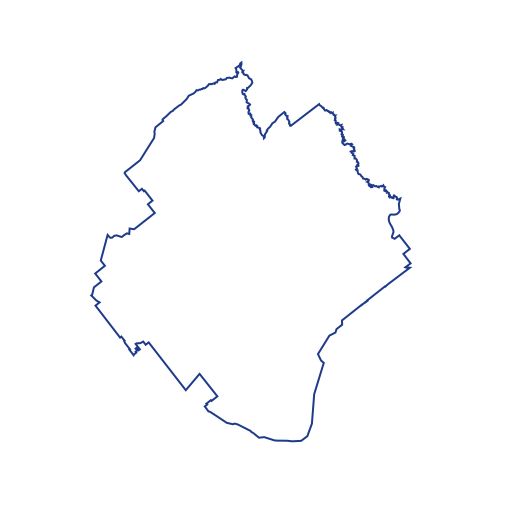 Gilgandra, New South Wales, Australia (orthographic projection), rotated 314°
{"feature_id": "25037944B57868667695206", "entity_name": "Gilgandra", "entity_type": "district", "adm_level": 2, "iso_a3": "AUS", "parent_name": "Australia", "parent_adm1": "New South Wales", "projection": "orthographic", "projection_center": [148.95, -31.633], "detail": "fine", "context": "isolated", "style": "outline", "palette": "blue", "viewbox_px": 512, "rotation_deg": 314, "n_neighbors": 0, "source": "geoboundaries", "source_scale": "gbopen_adm2", "svg_char_len": 6122}
<svg xmlns="http://www.w3.org/2000/svg" viewBox="0 0 512 512"><g transform="rotate(314 256 256)"><path d="M113.2,164.9L113.1,172.2L114.0,175.7L108.8,175.0L102.9,214.9L104.5,215.1L103.8,220.2L103.3,220.1L102.4,222.4L101.3,230.1L100.7,229.9L99.6,236.9L100.5,236.6L103.3,237.0L103.5,235.9L105.5,236.2L105.8,233.7L108.0,234.0L107.9,235.1L107.0,234.9L106.7,237.1L108.2,237.3L109.1,230.5L110.1,230.7L113.1,233.4L116.1,234.3L115.5,238.3L119.3,238.8L110.7,298.7L132.0,297.3L128.2,325.7L120.9,324.7L121.0,323.7L115.2,322.9L115.2,324.1L112.2,323.7L111.2,329.8L112.0,331.1L115.7,350.9L118.9,356.2L120.6,357.1L122.1,359.7L126.4,373.7L126.2,375.3L126.7,376.6L127.4,384.4L131.4,387.7L136.2,397.4L138.0,399.6L144.8,406.8L147.8,410.7L154.4,416.9L162.0,418.1L174.2,412.7L197.1,393.8L226.2,379.0L226.0,375.4L228.5,368.7L249.7,364.1L256.1,366.3L259.4,364.7L266.4,365.7L269.4,362.6L294.2,365.9L294.1,366.1L298.4,366.6L298.4,366.9L301.1,367.3L301.1,366.8L323.8,369.9L323.8,370.3L327.1,370.5L354.4,374.8L353.1,373.1L351.9,372.0L351.6,371.3L358.1,372.3L359.9,360.6L368.0,361.7L370.4,344.7L364.7,343.8L363.8,341.1L364.7,340.1L368.7,338.3L369.8,337.0L371.1,334.3L372.7,329.0L374.1,326.5L376.2,324.6L378.5,323.9L379.8,324.4L381.6,326.6L383.7,328.1L385.2,328.4L387.6,328.3L388.8,327.7L389.4,326.4L392.8,322.5L397.6,319.9L395.2,318.9L394.6,318.2L394.6,317.8L395.7,317.1L396.1,316.4L395.6,314.9L395.5,313.2L394.9,313.3L393.4,314.7L393.0,314.7L392.4,313.7L392.8,313.3L392.5,312.6L391.8,311.9L391.0,311.6L391.1,310.3L391.7,310.0L392.5,310.4L392.8,310.2L392.8,308.6L393.6,307.9L393.3,306.8L392.6,306.3L393.4,305.8L393.5,303.5L393.2,303.3L392.4,303.8L392.1,302.9L394.1,301.2L395.2,301.0L394.8,299.6L395.3,298.5L393.9,298.5L393.5,298.3L393.5,297.5L391.5,296.5L391.4,296.1L391.0,296.0L390.6,296.4L390.1,295.2L390.0,294.0L388.9,293.3L388.4,291.0L387.4,290.8L386.4,291.8L385.4,291.0L385.4,290.4L386.5,290.1L387.2,289.3L386.9,288.6L386.0,288.9L385.2,288.7L385.4,287.8L387.0,285.9L387.1,285.5L386.6,284.5L388.5,284.8L389.1,284.3L388.6,282.5L388.2,281.9L387.2,281.9L386.9,280.3L386.1,279.2L386.8,277.6L386.6,276.2L387.0,275.2L386.9,273.8L386.3,273.1L386.2,272.5L387.5,270.1L388.2,269.6L387.5,268.5L387.5,267.9L389.2,267.7L389.8,265.9L391.1,266.0L391.9,267.1L392.2,267.0L392.5,266.6L392.3,265.5L393.7,265.4L394.1,265.0L394.3,264.2L393.8,263.2L395.1,262.1L395.4,260.0L394.6,259.1L396.6,257.3L395.8,255.6L397.0,255.0L396.7,253.4L397.0,251.6L397.8,252.0L398.9,253.0L399.2,253.9L400.1,254.1L400.7,253.2L401.0,251.8L402.0,251.6L402.3,251.3L402.0,250.8L402.3,250.4L401.8,249.6L401.2,247.6L402.5,247.2L403.1,247.4L403.1,246.7L401.4,245.7L400.3,243.6L399.5,243.2L398.8,243.3L397.3,242.6L397.4,241.3L397.2,240.1L397.6,239.8L397.7,239.1L398.4,238.9L398.6,238.3L399.1,238.0L399.4,238.2L399.2,239.1L400.0,239.9L401.2,239.9L401.1,238.7L401.4,238.3L400.8,237.0L401.3,236.7L402.4,236.8L402.7,236.4L402.5,235.8L401.8,235.6L401.7,234.9L402.1,234.4L403.0,234.6L403.6,234.2L403.2,232.8L404.1,232.6L405.0,231.7L405.3,230.8L404.9,230.1L405.0,229.4L404.4,229.6L404.3,229.2L405.2,228.2L405.8,229.2L407.1,229.8L407.6,230.4L407.6,229.9L408.1,229.7L408.2,229.3L408.8,228.7L408.1,228.1L409.0,226.6L409.5,226.4L408.5,225.9L408.1,224.1L407.7,223.8L408.2,223.8L408.7,223.1L408.3,222.8L408.5,222.3L407.6,221.7L407.3,222.5L407.0,221.9L407.2,221.4L406.9,221.2L407.6,220.2L408.3,219.9L408.9,219.0L408.5,218.3L409.3,217.9L410.0,217.2L410.7,217.3L411.5,215.4L412.1,215.4L411.8,215.1L411.5,214.0L411.9,213.8L411.7,213.2L412.0,212.1L412.4,211.7L411.6,211.5L411.6,210.1L410.5,210.0L410.7,209.0L410.3,208.3L410.7,207.6L410.0,206.9L410.1,205.7L409.9,205.2L408.9,204.9L408.6,204.6L408.8,203.0L409.4,202.2L409.5,201.4L408.9,201.1L409.1,199.0L408.7,196.9L409.1,195.9L373.8,190.6L373.4,189.9L374.3,189.1L374.1,188.1L374.5,187.4L375.6,187.0L376.4,184.7L376.3,183.1L377.4,182.6L377.7,181.6L378.5,181.5L378.0,180.3L378.1,178.6L379.2,178.1L379.3,176.4L371.5,175.4L365.9,176.3L362.8,175.6L358.8,176.4L356.1,176.2L353.9,176.5L353.7,177.2L349.8,177.9L347.1,180.0L346.2,179.9L346.8,179.3L347.1,179.4L347.2,178.8L347.6,178.6L347.1,176.3L348.0,173.2L349.0,172.5L349.6,170.9L350.4,170.6L350.7,170.1L349.7,167.9L349.4,167.6L349.5,166.8L350.3,166.6L350.3,165.9L350.1,165.1L349.3,164.9L349.4,162.4L350.1,162.1L350.3,161.5L350.5,162.1L351.2,161.4L350.8,160.8L350.9,160.1L351.4,160.1L352.1,158.8L352.3,156.4L354.1,154.7L354.0,154.3L353.4,154.1L354.4,152.9L353.2,152.0L354.2,150.6L356.0,150.1L356.2,149.0L356.7,148.8L356.5,147.2L357.5,147.1L357.6,146.4L358.3,146.1L359.5,146.7L360.8,146.5L360.8,144.9L360.2,143.4L360.2,142.3L361.9,141.1L362.1,140.4L361.9,139.8L362.5,138.3L363.7,137.9L364.0,135.8L364.5,135.1L363.5,134.5L363.4,134.0L364.1,132.5L365.6,131.2L366.3,131.0L366.9,131.6L367.5,134.0L369.5,133.9L370.6,132.9L371.1,133.4L375.1,133.6L378.1,133.0L378.9,131.8L379.7,130.0L379.0,127.3L379.7,125.8L379.7,124.9L380.0,124.4L379.7,123.4L378.7,122.6L378.5,121.4L378.2,121.0L378.9,119.6L378.6,118.8L380.3,118.3L379.7,117.8L380.1,117.5L380.5,113.7L381.1,113.8L383.9,112.3L385.0,111.1L383.6,110.9L381.9,111.8L377.0,110.8L376.8,111.7L375.4,113.6L374.5,114.1L374.4,115.1L375.7,115.4L375.5,116.0L373.7,116.3L371.7,117.8L370.7,117.1L370.6,116.2L370.4,115.9L367.3,115.5L366.1,113.7L365.9,113.0L363.8,111.4L362.1,111.5L359.2,109.5L358.8,107.6L357.8,107.7L356.2,106.4L353.8,107.4L352.8,106.3L352.2,106.2L351.4,106.7L350.9,106.4L350.8,105.7L348.7,104.7L348.3,103.8L347.6,103.6L347.0,102.8L344.5,103.1L341.4,102.7L340.8,102.4L340.1,101.4L339.0,101.5L338.3,100.8L336.9,100.4L336.4,99.7L334.7,99.2L334.0,98.0L331.8,98.4L329.6,98.2L324.6,96.3L320.7,97.1L312.7,96.9L310.9,96.2L305.0,95.3L302.4,95.3L300.6,94.6L294.1,94.4L289.7,93.9L288.9,94.2L288.6,95.5L278.8,94.3L274.7,96.6L273.6,98.2L270.1,100.7L244.3,106.1L225.1,103.5L224.3,104.0L223.7,107.0L221.2,126.7L225.1,127.3L224.7,130.3L225.7,130.5L223.9,143.1L218.1,142.3L216.6,153.3L190.9,149.8L190.3,149.4L188.0,146.0L183.8,149.5L182.6,147.4L178.4,146.4L177.2,146.5L176.2,145.9L174.0,141.4L172.0,140.0L169.4,139.8L168.2,138.9L167.8,138.1L168.1,134.6L144.9,147.5L144.0,154.1L131.7,152.5L130.3,162.5L120.9,161.2L114.2,165.1L113.2,164.9Z" fill="none" stroke="#1e3a8a" stroke-width="2"/></g></svg>